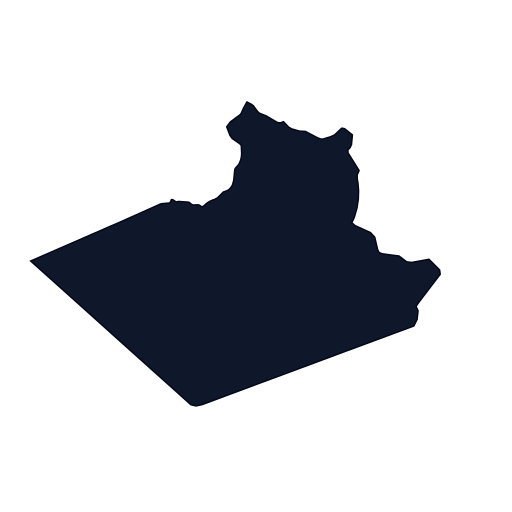 map outline of Huehuetenango (Robinson projection), rotated 222°
{"feature_id": "GTM-1943", "entity_name": "Huehuetenango", "entity_type": "Department", "adm_level": 1, "iso_a3": "GTM", "parent_name": "Guatemala", "parent_adm1": "", "projection": "robinson", "projection_center": [-91.471, 15.613], "detail": "fine", "context": "isolated", "style": "filled", "palette": "ink", "viewbox_px": 512, "rotation_deg": 222, "n_neighbors": 0, "source": "natural_earth", "source_scale": "10m", "svg_char_len": 1811}
<svg xmlns="http://www.w3.org/2000/svg" viewBox="0 0 512 512"><g transform="rotate(222 256 256)"><path d="M91.9,309.6L103.0,288.4L126.4,243.8L149.7,199.2L170.1,160.3L184.5,132.7L189.9,122.3L196.6,109.5L200.2,104.5L204.9,101.9L218.3,101.9L259.0,101.8L299.7,101.7L340.4,101.7L381.1,101.6L420.1,101.5L383.9,181.2L381.0,187.4L361.8,230.7L361.1,231.8L355.6,237.7L356.0,239.9L356.3,240.5L356.6,241.3L356.0,241.9L354.9,242.3L352.4,242.6L351.2,242.9L350.0,244.8L342.0,251.0L341.0,251.2L339.1,251.2L338.2,251.4L337.4,251.6L336.7,252.0L333.1,255.5L331.9,255.9L330.8,256.1L329.8,256.0L329.0,256.7L328.3,258.0L327.9,262.1L327.1,265.3L325.4,269.1L324.5,270.7L323.8,272.7L323.5,273.9L323.1,281.7L321.4,284.8L320.8,286.4L320.6,287.3L320.5,288.4L320.5,289.4L320.7,291.5L320.9,292.4L321.2,293.3L321.9,294.9L322.3,295.5L322.6,296.3L323.5,297.8L329.4,305.7L329.9,306.8L330.1,307.8L330.1,312.1L330.5,314.0L331.7,317.3L333.4,320.2L335.2,322.5L340.8,328.2L342.0,328.5L343.6,328.5L352.3,327.4L356.0,328.2L364.2,332.4L364.8,338.5L362.3,350.7L362.6,352.6L364.3,357.6L365.8,364.4L361.2,365.6L358.6,365.9L351.4,364.4L348.7,364.5L342.0,367.0L329.2,369.6L326.8,371.4L325.5,374.2L317.9,373.6L314.4,374.4L307.3,377.9L302.7,381.6L289.9,384.9L287.0,385.9L285.5,386.7L284.4,387.9L280.5,394.3L278.8,398.1L278.6,399.0L277.9,407.5L277.7,408.5L276.4,409.3L275.3,409.9L265.4,410.5L259.6,402.7L258.6,399.5L258.7,396.2L256.5,394.2L236.6,388.5L235.1,384.0L232.1,380.8L229.2,378.6L223.4,373.1L217.9,366.6L213.0,359.1L208.9,350.7L207.4,346.1L207.2,344.8L202.7,344.9L186.5,350.0L180.3,349.4L170.3,342.4L167.6,341.1L165.7,341.3L163.7,342.1L158.7,345.5L149.7,351.7L140.1,352.5L136.0,355.4L126.1,368.2L125.3,369.3L110.2,368.5L106.9,365.7L104.0,330.6L103.3,325.6L98.9,323.7L93.8,316.6L91.9,309.6Z" fill="#0f172a" stroke="#020617" stroke-width="1.5"/></g></svg>